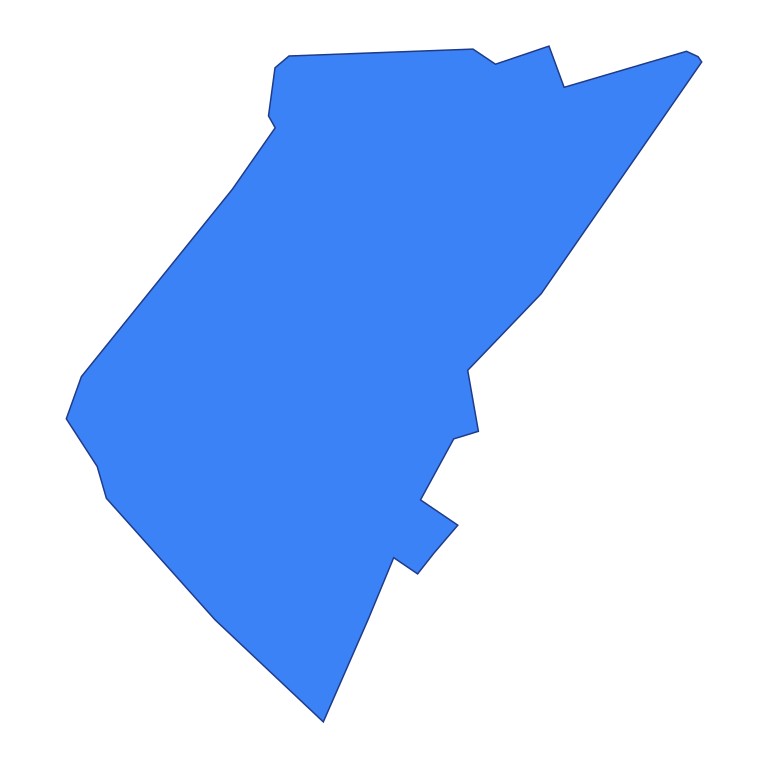 the district of Bledsoe, Tennessee, United States of America
{"feature_id": "52423323B62552285254036", "entity_name": "Bledsoe", "entity_type": "district", "adm_level": 2, "iso_a3": "USA", "parent_name": "United States of America", "parent_adm1": "Tennessee", "projection": "equal_earth", "projection_center": [-85.176, 35.563], "detail": "fine", "context": "isolated", "style": "filled", "palette": "blue", "viewbox_px": 768, "rotation_deg": 0, "n_neighbors": 0, "source": "geoboundaries", "source_scale": "gbopen_adm2", "svg_char_len": 468}
<svg xmlns="http://www.w3.org/2000/svg" viewBox="0 0 768 768"><path d="M323.3,721.9L368.5,618.6L393.7,557.7L417.6,573.9L434.2,552.8L457.8,525.2L420.5,499.9L453.7,438.9L478.4,431.3L467.7,370.3L541.2,293.7L701.7,62.0L698.1,56.7L686.5,51.3L564.1,87.3L549.0,46.1L495.5,64.2L473.0,49.1L289.0,56.0L275.0,67.8L268.5,115.9L275.2,127.8L232.4,189.2L81.4,376.6L66.3,418.8L97.2,466.5L106.4,498.3L215.1,619.9L323.3,721.9Z" fill="#3b82f6" stroke="#1e3a8a" stroke-width="1.5"/></svg>